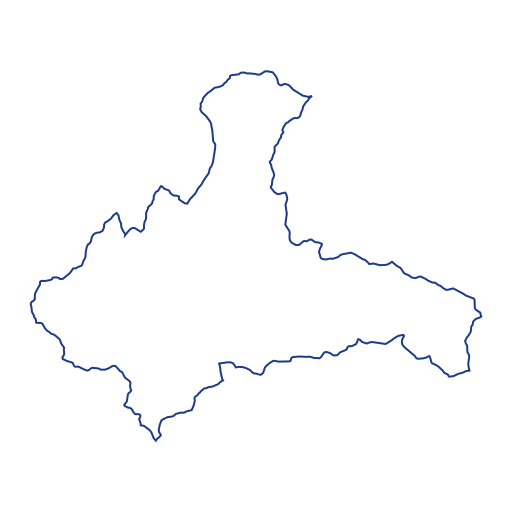 Carhuaz, Áncash, Peru
{"feature_id": "86281439B67590334790867", "entity_name": "Carhuaz", "entity_type": "district", "adm_level": 2, "iso_a3": "PER", "parent_name": "Peru", "parent_adm1": "Áncash", "projection": "orthographic", "projection_center": [-77.539, -9.267], "detail": "fine", "context": "isolated", "style": "outline", "palette": "blue", "viewbox_px": 512, "rotation_deg": 0, "n_neighbors": 0, "source": "geoboundaries", "source_scale": "gbopen_adm2", "svg_char_len": 6008}
<svg xmlns="http://www.w3.org/2000/svg" viewBox="0 0 512 512"><path d="M312.0,96.0L308.2,96.9L302.7,95.6L293.0,89.5L289.2,85.4L287.2,84.5L284.2,83.9L281.4,85.4L279.4,84.7L278.5,83.8L277.9,82.3L277.4,79.4L275.5,75.7L272.8,72.4L271.9,72.1L268.1,71.4L265.1,71.3L259.9,74.6L257.1,74.5L255.0,73.9L249.6,73.4L247.3,73.5L244.7,72.6L241.7,72.6L240.6,72.9L238.8,74.3L231.4,75.2L230.1,75.9L229.8,78.3L227.9,79.6L226.1,82.1L224.3,83.2L223.1,85.1L219.8,86.7L214.6,87.8L210.0,91.5L208.2,92.6L204.8,96.0L203.0,98.3L202.4,101.2L200.6,103.7L200.8,107.0L200.2,108.4L200.4,109.7L201.2,111.3L201.8,112.3L205.9,115.9L209.9,121.2L211.0,123.6L212.3,130.5L213.2,141.2L215.2,144.2L215.2,147.8L212.9,162.4L211.5,166.1L209.9,168.3L208.7,173.2L204.1,179.7L201.4,184.6L198.3,188.1L195.1,193.8L189.9,199.3L187.3,203.6L184.8,203.3L178.9,199.3L179.0,196.5L176.6,195.7L174.2,195.6L172.7,195.0L170.2,192.9L169.1,190.6L164.3,188.7L162.0,186.4L161.0,186.2L159.9,187.7L158.1,190.8L156.3,191.7L155.6,192.4L154.0,195.5L153.7,196.8L153.7,199.2L152.5,201.4L152.1,203.5L148.0,207.3L148.0,208.7L146.2,212.4L146.0,218.5L145.6,220.0L144.6,221.7L143.9,225.8L144.0,228.6L143.2,229.7L140.7,231.8L134.9,228.1L132.9,227.9L130.6,228.9L127.7,231.9L125.1,235.2L125.2,234.5L124.8,233.5L123.3,231.3L121.4,227.4L121.0,223.4L119.2,219.3L118.5,215.4L116.6,213.0L113.5,215.2L110.9,218.7L107.7,221.1L105.1,222.6L104.1,224.6L104.0,227.5L102.6,230.7L99.8,232.4L96.5,232.8L94.3,233.8L92.8,235.3L91.7,237.6L91.0,241.0L89.8,243.2L89.2,243.8L88.5,243.9L87.9,244.6L86.8,247.0L85.8,251.5L85.4,257.4L83.6,260.6L82.0,265.0L81.4,265.7L77.9,267.1L75.7,268.4L73.2,268.4L69.9,273.1L62.8,278.9L59.9,279.0L58.8,277.9L55.7,277.3L53.0,277.6L52.5,277.8L52.3,278.8L51.3,279.6L49.8,280.1L45.2,281.0L41.6,280.9L40.7,281.2L40.1,281.9L40.0,284.1L39.6,285.3L36.7,290.2L35.2,293.3L34.8,295.6L34.8,299.3L33.4,300.9L31.6,301.9L30.9,303.2L30.7,304.2L31.4,306.8L31.9,311.7L33.9,315.6L34.1,316.7L35.8,319.5L36.1,322.4L36.5,322.8L41.0,323.0L42.4,323.7L45.1,328.5L47.3,330.9L48.9,331.7L51.0,333.6L54.3,334.8L59.2,338.8L60.2,340.5L61.0,343.2L64.1,347.7L63.8,349.1L64.2,353.4L63.8,355.2L62.5,357.0L62.7,359.0L67.0,361.0L71.7,362.4L72.7,363.0L74.2,366.1L75.1,366.7L78.5,366.7L84.7,369.7L87.5,370.6L88.6,370.2L91.6,368.0L92.7,367.8L98.7,368.5L100.9,369.7L104.7,369.7L108.5,368.4L112.1,366.2L113.8,365.8L115.5,366.0L120.4,371.4L121.9,371.8L124.8,377.3L125.5,378.1L128.9,380.5L130.5,382.5L130.1,386.0L130.5,388.8L131.2,390.1L130.9,391.1L128.0,394.0L126.8,401.5L124.3,404.7L124.4,405.7L127.6,407.5L129.9,407.8L131.2,408.7L132.5,410.1L132.8,411.4L135.1,414.1L138.4,414.2L139.9,414.6L140.4,415.8L140.3,417.0L139.1,418.9L140.6,423.5L140.7,425.3L143.8,425.8L149.8,430.2L151.5,432.7L153.7,438.2L155.9,440.7L156.8,439.1L159.0,437.4L160.9,435.1L159.1,432.0L158.7,430.4L159.7,424.9L161.4,420.5L162.9,419.4L167.6,417.1L171.3,416.7L172.9,416.2L173.9,415.7L175.8,413.9L180.5,412.7L184.1,412.7L186.5,411.4L191.6,410.1L193.6,405.7L194.8,401.0L194.5,398.0L194.9,397.1L197.7,394.9L198.6,393.4L200.0,392.5L200.5,391.6L203.3,389.1L204.6,388.4L206.4,388.1L208.5,387.1L212.0,386.7L218.1,384.2L220.4,381.9L223.1,380.4L222.1,378.9L220.5,371.0L220.0,366.7L219.1,363.5L227.5,362.3L230.3,362.3L232.0,362.8L233.4,363.7L235.9,367.4L239.0,366.9L242.7,367.1L245.5,367.9L249.8,369.9L252.6,372.6L253.8,373.3L256.6,373.7L259.8,374.7L261.0,374.7L263.1,372.9L264.9,367.7L265.9,366.3L269.5,363.1L273.1,360.9L274.5,360.8L278.5,361.6L289.4,361.4L290.6,360.9L291.2,358.3L292.4,357.2L297.5,356.6L302.3,356.6L304.9,356.9L310.0,356.7L314.7,358.1L316.2,357.9L319.3,358.3L320.8,357.4L324.0,352.7L326.1,351.9L329.8,353.0L333.6,355.5L337.0,355.2L337.6,354.9L340.3,352.2L344.2,350.7L346.7,349.4L347.3,347.5L348.3,346.4L350.0,346.1L351.7,346.2L356.0,344.1L357.0,342.3L358.2,339.2L359.9,339.7L362.2,342.0L366.4,343.4L367.2,343.4L369.4,342.5L372.0,342.0L385.6,344.0L391.8,340.2L392.7,339.3L396.7,336.7L398.8,335.7L403.2,334.9L403.9,335.5L404.0,336.0L402.2,339.5L401.9,342.6L402.3,344.4L403.4,346.1L406.0,348.5L414.7,355.8L416.4,358.2L417.9,358.8L422.9,358.4L426.4,357.5L428.5,356.3L429.5,356.2L430.3,358.0L431.3,362.1L431.9,363.1L436.1,365.1L438.7,366.8L442.7,370.5L444.2,372.7L445.2,373.4L447.6,374.2L448.9,376.6L451.9,376.4L454.0,375.9L458.1,373.9L463.2,372.5L466.3,371.0L469.5,370.6L469.0,369.0L468.2,364.0L469.2,356.8L469.0,354.9L467.4,352.1L467.1,345.5L465.9,343.6L465.1,341.0L466.9,337.4L468.9,334.9L470.5,332.3L471.0,330.1L471.2,326.8L472.7,324.5L473.2,321.5L475.8,318.9L480.3,317.3L481.3,316.4L480.5,314.2L480.2,312.6L476.1,309.9L475.3,309.0L474.8,307.7L474.6,300.2L473.9,298.6L465.8,295.5L463.0,293.6L453.2,288.4L448.1,289.7L446.1,289.8L443.0,288.0L440.8,286.1L439.8,285.5L438.4,285.2L435.1,282.7L432.6,282.6L428.6,280.9L425.2,278.7L423.2,277.7L422.4,277.6L421.4,276.7L420.5,276.5L418.8,276.8L415.5,278.1L411.7,277.5L408.6,275.2L404.1,273.3L400.6,268.0L396.7,265.8L392.0,261.8L388.3,264.2L385.6,264.9L380.0,265.2L373.4,263.5L369.3,264.1L368.4,262.9L364.9,259.8L362.8,259.2L354.2,254.0L350.8,252.7L341.8,254.4L339.9,255.4L338.2,257.0L332.5,258.9L330.4,258.5L325.9,259.5L323.2,259.1L321.5,258.6L320.6,257.6L319.0,251.8L320.0,248.5L321.3,246.3L321.9,244.4L321.9,244.0L321.3,243.7L319.0,242.6L315.1,242.1L312.1,240.0L311.0,239.5L309.7,239.6L306.6,241.3L304.5,241.0L303.5,241.2L299.1,244.9L296.1,245.1L292.0,243.0L290.0,240.6L289.5,238.1L289.7,232.1L289.3,230.9L285.3,224.7L286.8,213.7L285.5,205.0L287.2,199.3L287.1,197.5L286.4,194.7L285.3,192.7L284.3,192.7L278.4,194.2L277.3,194.0L274.3,192.0L270.8,187.5L271.1,186.0L271.8,185.2L272.4,179.8L273.5,177.5L274.1,175.6L274.1,174.6L273.5,172.3L271.6,167.6L271.1,164.6L270.0,162.9L269.7,161.8L271.8,159.5L273.3,154.6L274.6,152.2L274.6,146.7L277.9,143.4L279.0,140.2L281.1,137.2L281.1,135.6L281.5,134.7L283.2,132.6L283.2,131.6L282.5,130.7L282.4,129.8L284.2,125.8L286.2,123.1L288.0,122.4L289.0,121.3L293.0,118.6L294.8,118.0L297.1,118.1L298.2,117.8L299.6,116.7L300.4,115.2L301.1,112.5L302.5,109.6L303.1,106.5L305.7,102.6L308.2,100.3L308.9,98.6L312.0,96.0Z" fill="none" stroke="#1e3a8a" stroke-width="2"/></svg>